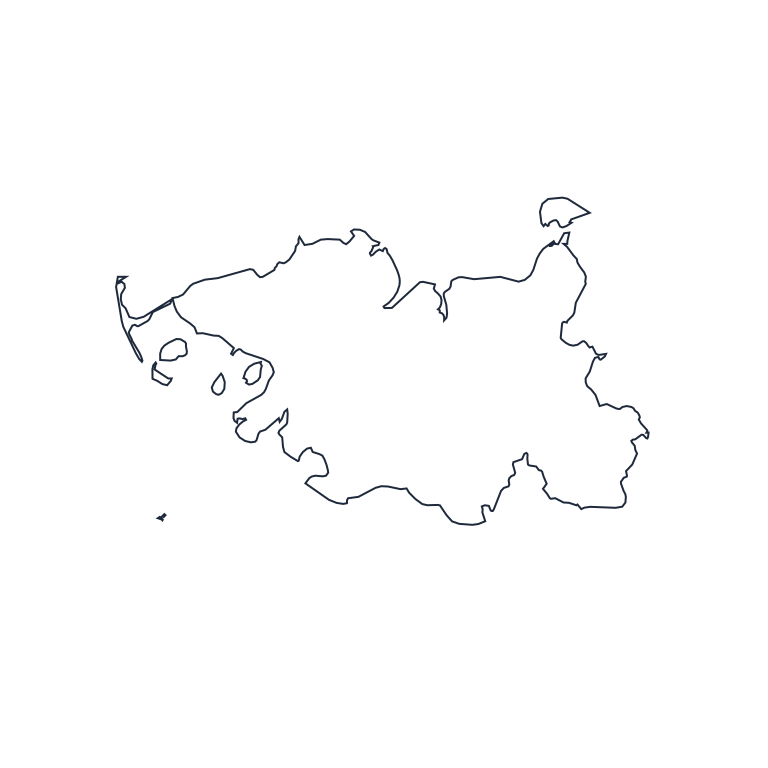 Schleswig-Holstein, Mercator projection, rotated 331°
{"feature_id": "DEU-1579", "entity_name": "Schleswig-Holstein", "entity_type": "State", "adm_level": 1, "iso_a3": "DEU", "parent_name": "Germany", "parent_adm1": "", "projection": "mercator", "projection_center": [9.834, 54.215], "detail": "fine", "context": "isolated", "style": "outline", "palette": "slate", "viewbox_px": 768, "rotation_deg": 331, "n_neighbors": 0, "source": "natural_earth", "source_scale": "10m", "svg_char_len": 6174}
<svg xmlns="http://www.w3.org/2000/svg" viewBox="0 0 768 768"><g transform="rotate(331 384 384)"><path d="M265.7,203.8L277.9,205.9L289.9,210.8L322.4,218.5L325.0,220.8L326.1,227.2L327.3,230.4L330.0,231.5L343.4,231.1L344.9,229.5L347.1,228.9L348.8,227.4L351.5,226.8L354.6,229.7L357.2,230.0L361.7,229.2L370.8,224.5L373.7,220.9L377.5,219.4L379.4,215.9L381.4,214.3L381.9,223.9L389.3,226.7L398.7,227.1L405.1,230.0L415.3,236.3L416.9,240.9L418.7,243.4L422.7,242.7L429.7,240.0L429.1,234.5L432.7,234.3L437.7,237.4L441.2,241.9L443.3,250.9L444.2,253.0L448.5,258.1L446.5,259.7L441.2,258.1L441.3,258.7L437.5,261.7L435.3,262.4L435.0,262.9L434.9,265.4L437.1,265.5L441.1,264.3L445.1,264.1L447.4,267.2L449.1,265.8L450.8,265.6L451.7,267.2L450.6,271.0L451.3,274.6L451.4,279.9L450.6,290.8L449.8,295.5L448.8,299.2L447.3,302.3L445.4,305.1L440.4,309.7L434.3,313.1L427.6,315.3L421.2,316.0L421.2,317.8L427.8,321.3L464.8,312.4L467.6,313.5L476.9,321.6L473.8,324.7L473.8,327.5L475.0,330.8L475.9,335.0L475.0,338.5L472.8,341.8L470.0,344.1L467.4,344.9L468.3,346.0L468.4,346.8L467.4,348.5L469.0,350.3L469.5,352.5L468.9,355.0L467.4,357.5L470.8,356.3L473.3,353.1L476.9,344.9L478.9,336.2L480.0,334.0L481.6,333.0L487.3,332.4L489.4,331.1L492.7,326.8L494.4,326.3L500.9,326.8L504.3,328.5L513.6,336.0L537.7,346.7L551.3,359.7L557.6,361.2L564.7,359.9L569.8,356.7L578.6,348.5L583.6,345.3L588.9,343.0L601.7,341.4L601.7,343.1L595.1,343.3L597.7,344.5L600.4,343.6L604.0,346.2L614.7,339.5L619.5,341.4L613.8,347.8L612.2,350.3L609.0,348.5L610.6,352.8L612.0,363.3L613.2,368.2L612.1,371.5L612.2,376.0L613.2,383.6L612.6,388.0L609.6,392.1L609.0,394.3L591.2,405.9L585.0,413.9L582.4,415.6L575.0,417.7L573.7,418.9L571.6,416.9L570.2,416.8L569.0,417.6L560.9,429.3L560.9,430.9L562.9,436.0L565.2,439.7L568.1,442.2L572.3,443.5L578.2,442.9L579.7,443.5L580.8,446.2L581.0,449.3L581.5,451.7L584.4,452.4L584.1,460.2L585.1,461.9L586.6,463.0L592.8,465.3L590.4,467.0L585.4,467.8L584.5,467.0L584.6,464.3L581.2,463.4L577.5,465.8L570.0,472.9L563.1,476.8L561.3,480.2L560.7,483.7L560.8,484.8L562.5,489.1L563.7,496.0L561.9,507.8L569.1,509.5L575.3,518.0L577.0,519.5L578.2,520.2L581.4,519.7L585.7,521.0L589.3,524.1L590.4,526.1L590.6,529.3L591.9,531.7L592.1,533.0L592.0,535.9L591.6,537.2L589.6,538.6L589.7,543.1L591.7,551.7L591.6,552.8L589.9,553.8L591.8,554.8L589.3,558.3L587.9,559.3L587.1,558.4L586.1,554.3L584.7,553.2L577.0,554.2L574.5,553.3L572.7,553.7L572.5,555.1L573.3,559.5L571.8,563.7L571.6,567.5L562.1,574.8L553.5,577.5L552.0,582.1L551.5,582.7L548.1,582.3L543.8,584.4L543.0,585.9L541.7,594.0L541.7,597.1L540.9,599.8L537.7,604.7L532.9,606.8L526.6,604.6L504.8,591.4L499.3,589.3L495.9,589.1L494.8,583.2L493.5,583.4L488.2,577.6L483.6,574.7L478.4,566.9L474.3,565.3L473.7,564.3L473.4,559.0L472.2,552.8L477.9,550.1L478.7,542.4L479.8,537.3L479.2,535.6L477.7,534.5L477.1,529.9L471.6,525.7L470.9,524.2L473.2,518.7L475.2,515.6L475.5,514.4L475.1,513.3L472.8,513.2L468.3,516.7L459.3,515.1L457.7,516.9L455.7,525.2L454.9,525.9L453.7,526.7L450.7,526.3L447.8,527.2L446.3,528.8L444.8,532.7L443.3,533.9L438.5,533.0L434.6,534.2L419.5,546.7L417.5,547.8L416.5,547.2L416.0,546.3L416.6,541.4L413.3,538.9L410.2,538.5L409.7,541.1L407.8,544.0L406.0,553.1L398.6,552.2L393.0,550.0L382.0,542.8L376.9,537.1L375.1,528.9L374.1,517.3L372.5,515.9L363.1,511.0L359.3,507.6L355.7,499.8L353.3,491.4L353.1,486.3L347.5,484.0L337.8,475.6L332.1,472.1L326.3,470.7L306.9,470.3L297.2,466.5L295.4,467.6L293.8,470.3L290.2,469.1L284.9,465.0L279.7,458.6L267.1,432.8L273.0,430.1L275.9,429.9L279.5,430.9L285.5,435.0L288.8,436.1L292.2,434.5L293.3,431.6L294.6,426.4L295.4,420.8L295.4,416.8L293.6,414.1L288.7,408.9L289.1,404.3L285.4,403.2L280.0,404.2L275.1,406.6L272.3,409.7L271.3,409.7L267.1,402.4L263.9,395.2L265.2,390.0L269.1,381.3L268.0,377.4L268.0,375.6L269.9,374.1L279.0,372.0L280.7,370.7L285.4,363.2L287.0,359.3L283.5,360.0L277.7,365.0L274.4,366.5L275.4,362.9L258.1,366.5L252.6,365.5L250.3,366.5L245.2,371.4L243.4,372.0L239.3,370.5L234.9,366.5L231.8,360.7L231.3,353.9L233.5,351.2L237.7,349.3L242.4,348.4L246.0,348.5L246.0,346.7L243.2,346.1L241.1,344.1L239.1,343.4L236.7,346.7L235.4,343.8L235.8,340.9L238.8,336.0L242.0,337.4L254.4,334.0L271.3,334.0L275.2,333.0L278.4,330.9L284.9,325.2L290.8,322.3L293.3,320.3L294.4,316.0L294.4,309.6L290.5,303.6L278.0,290.0L276.2,287.2L275.4,284.4L274.0,283.2L270.9,283.3L267.7,284.2L265.9,285.4L264.9,283.4L270.1,279.8L264.8,265.4L262.8,261.8L258.4,259.0L250.1,251.7L244.9,249.1L245.8,242.5L243.8,237.1L238.8,227.2L237.9,220.2L238.6,214.0L240.7,206.3L246.0,208.0L251.7,208.3L262.1,204.3L265.7,203.8ZM634.3,310.9L646.9,334.0L627.6,330.8L624.8,332.4L626.2,333.9L620.0,334.3L616.0,333.6L614.3,331.5L614.6,326.1L613.9,324.1L611.7,323.2L607.7,323.1L606.0,323.6L604.9,325.2L603.8,325.2L602.7,322.2L600.1,323.3L599.7,319.6L603.9,309.0L609.9,303.1L617.3,301.8L630.4,307.5L634.3,310.9ZM194.7,192.5L193.8,202.0L199.0,206.9L206.3,208.7L239.7,207.0L235.9,210.1L216.7,209.0L210.1,213.6L207.8,214.3L197.2,214.3L196.2,213.8L194.9,211.5L192.2,210.9L186.5,214.6L185.7,215.3L185.3,217.2L185.1,222.5L184.7,223.6L185.2,238.1L184.8,242.8L184.0,246.5L183.0,247.2L182.0,243.5L181.9,236.5L183.7,207.7L185.1,202.0L196.7,169.3L203.2,161.2L210.4,165.2L201.1,165.7L199.9,167.0L204.1,167.4L205.4,170.7L204.0,174.3L197.8,177.9L194.9,182.2L193.3,187.6L194.7,192.5ZM215.7,243.5L224.2,244.0L227.7,246.2L230.4,250.9L230.4,252.7L229.1,254.9L227.4,259.9L226.1,261.8L224.0,262.4L221.4,262.1L217.8,260.1L213.8,261.6L208.8,260.1L199.9,254.5L202.9,249.0L206.4,245.6L210.6,243.9L215.7,243.5ZM287.0,305.1L285.9,306.2L286.0,308.8L283.2,311.6L279.0,317.8L275.4,319.6L268.8,320.1L265.6,319.0L263.9,316.0L265.6,315.1L265.9,313.6L265.2,312.0L263.9,310.8L268.8,306.1L274.2,303.6L280.2,303.3L287.0,305.1ZM236.6,300.1L246.5,295.9L246.8,298.7L245.6,305.2L242.0,310.8L237.7,313.3L234.2,313.3L232.3,311.5L230.7,307.7L231.7,303.5L236.6,300.1ZM190.4,260.1L198.0,274.6L201.0,276.2L198.9,278.0L193.7,279.9L190.1,276.6L187.2,271.3L184.1,267.2L188.6,258.8L191.3,255.8L194.7,254.5L194.7,255.8L193.6,256.3L190.4,260.1ZM124.8,395.2L124.1,395.8L123.8,394.7L121.1,391.7L123.4,391.5L124.3,392.6L124.8,395.2ZM126.1,392.1L128.8,391.3L129.3,392.8L126.9,393.5L126.1,392.1Z" fill="none" stroke="#1e293b" stroke-width="2"/></g></svg>